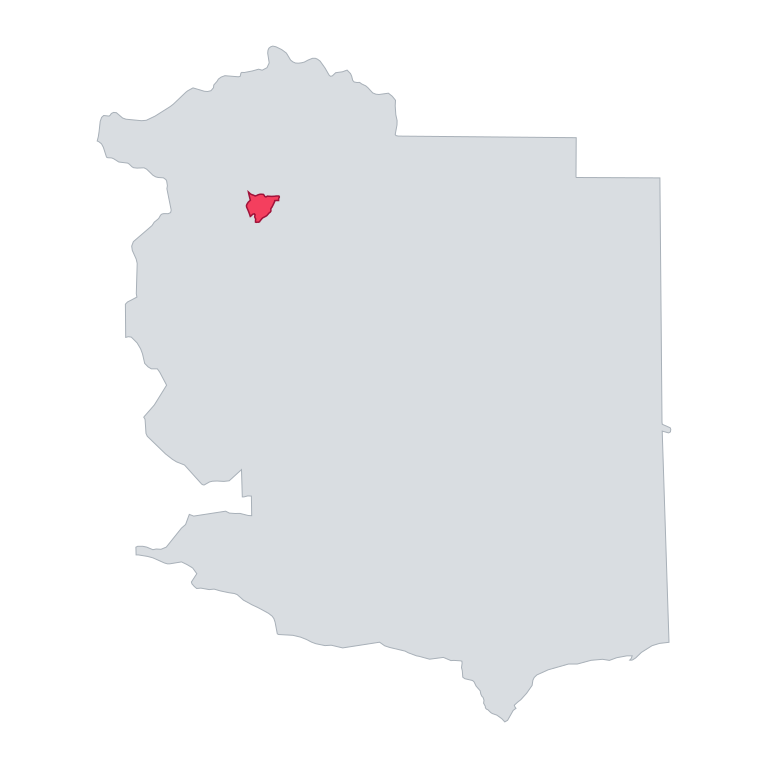 location of Shia'ria, Eastern Darfur, Sudan, rotated 90°
{"feature_id": "16777658B58097455185888", "entity_name": "Shia'ria", "entity_type": "district", "adm_level": 2, "iso_a3": "SDN", "parent_name": "Sudan", "parent_adm1": "Eastern Darfur", "projection": "orthographic", "projection_center": [25.77, 12.585], "detail": "fine", "context": "in_parent", "style": "filled", "palette": "rose", "viewbox_px": 768, "rotation_deg": 90, "n_neighbors": 0, "source": "geoboundaries", "source_scale": "gbopen_adm2", "svg_char_len": 6045}
<svg xmlns="http://www.w3.org/2000/svg" viewBox="0 0 768 768"><g transform="rotate(90 384 384)"><path d="M554.9,631.9L547.2,632.1L546.3,630.3L546.3,625.2L547.1,621.3L549.7,615.1L549.0,611.8L549.3,607.0L547.1,601.7L528.2,586.6L524.5,582.4L514.4,578.7L516.1,574.3L511.2,542.4L513.1,538.6L513.5,533.0L513.4,528.1L515.5,519.8L515.7,516.3L496.1,516.6L495.9,520.2L496.9,524.1L496.9,525.7L469.6,526.5L480.8,538.8L481.4,544.2L481.0,551.1L481.2,555.5L481.9,558.4L485.0,563.9L484.8,565.0L484.1,566.3L465.0,583.5L461.9,591.4L459.4,595.5L453.9,602.5L436.3,620.7L433.4,622.0L419.8,622.9L418.5,623.3L417.4,624.2L416.8,624.0L405.0,613.7L385.2,601.4L372.3,608.2L368.8,610.7L368.8,616.7L366.9,619.9L363.4,623.3L353.8,625.5L348.8,627.4L342.9,630.9L337.1,636.7L336.7,639.7L337.4,642.3L304.2,642.6L302.0,640.5L297.1,631.1L293.7,631.7L263.4,630.8L259.1,631.8L250.4,635.7L246.1,636.3L241.6,634.6L225.6,616.0L222.2,613.8L218.5,609.3L215.1,607.4L214.0,606.0L213.6,604.0L213.7,599.9L212.6,597.4L210.1,596.8L188.7,601.1L185.7,600.6L181.2,601.3L179.6,602.1L177.8,604.6L177.5,609.7L176.9,612.2L175.3,615.0L169.2,621.3L167.8,624.0L168.1,631.0L167.7,634.5L166.7,636.1L164.1,638.8L163.1,640.3L162.0,649.2L158.6,654.6L157.9,656.5L157.7,660.4L157.1,661.5L147.4,664.6L143.8,666.5L141.5,669.5L141.0,670.8L136.8,669.7L131.5,668.9L121.4,667.8L117.4,666.4L115.5,664.3L116.1,658.9L115.1,657.7L113.5,656.7L112.4,654.4L112.7,651.6L118.0,645.4L119.2,642.1L120.7,626.5L120.3,621.7L116.1,612.9L106.5,597.7L104.2,594.7L92.2,582.1L90.8,580.3L87.9,575.0L91.3,563.5L91.5,560.3L90.7,557.0L87.7,554.5L85.0,554.2L81.4,551.0L79.1,549.6L77.1,546.9L75.7,543.1L76.8,529.5L76.2,527.7L73.1,527.1L72.4,526.2L72.5,523.6L71.0,515.8L69.2,509.4L70.2,505.8L67.7,501.0L62.9,498.8L53.2,500.3L50.2,500.0L48.2,499.1L46.8,497.3L46.1,495.2L46.8,492.0L49.6,486.3L53.1,481.6L60.1,477.4L61.9,475.1L63.0,472.6L63.2,469.6L62.8,466.5L62.1,463.7L60.1,460.0L58.3,455.5L58.3,452.6L59.2,450.5L61.1,447.9L68.0,443.0L75.1,438.9L76.3,437.5L75.9,435.7L72.7,432.3L71.8,425.6L70.1,420.9L73.6,417.5L76.3,416.3L80.4,415.3L82.0,413.8L82.5,411.0L82.4,408.4L83.9,406.4L85.9,402.2L87.6,400.2L92.9,395.3L94.2,392.1L94.5,389.0L93.2,379.6L96.3,375.7L100.3,372.5L105.9,372.8L114.7,372.2L120.6,370.9L124.9,371.0L134.5,372.8L135.6,372.0L136.1,369.6L137.7,191.8L177.0,192.0L177.5,191.7L177.9,108.1L422.3,106.0L424.3,105.7L427.8,97.8L429.4,97.2L431.9,97.6L432.9,99.4L431.1,105.8L642.3,99.0L643.4,108.5L645.7,116.0L652.4,126.6L657.9,132.3L659.9,135.4L660.2,136.9L660.1,138.3L658.5,136.8L655.8,135.8L655.8,140.9L657.7,151.3L660.4,158.6L659.3,165.4L660.3,176.9L664.0,190.6L664.0,199.4L669.8,219.8L674.9,231.1L677.5,233.8L680.2,235.1L685.4,235.9L693.3,241.4L699.7,247.2L702.1,250.3L705.2,253.7L707.1,253.0L708.3,252.0L710.4,254.8L720.3,260.4L721.9,263.2L718.7,266.2L715.1,271.2L713.5,275.8L712.5,277.3L709.6,280.3L709.1,281.6L707.8,282.6L706.3,282.7L703.2,284.4L700.2,284.0L697.3,285.0L696.3,286.1L694.0,287.2L690.8,287.8L686.1,291.9L681.9,293.9L680.5,295.5L678.7,303.2L677.2,305.2L670.7,305.7L667.6,306.5L663.3,305.9L661.2,306.1L660.8,307.7L660.4,314.2L660.6,317.0L657.4,324.6L659.2,338.4L656.3,348.9L655.9,351.3L652.8,359.7L651.1,362.9L647.4,378.5L645.8,383.3L642.2,388.4L647.9,425.3L645.2,436.8L645.6,443.0L643.7,452.2L642.1,456.5L639.4,461.7L637.1,467.5L635.3,475.1L634.5,489.4L633.8,490.7L622.2,492.9L618.6,494.1L616.2,495.8L613.3,499.5L607.7,509.8L604.8,516.0L600.1,524.6L594.6,530.8L593.5,533.7L592.7,539.1L590.9,547.7L589.1,553.9L589.6,558.7L588.1,567.2L588.5,571.3L586.5,573.7L583.9,576.0L582.0,576.6L573.7,571.2L568.0,575.3L564.6,580.9L561.9,586.5L563.8,598.1L563.8,600.7L563.0,603.5L557.8,615.2L556.4,620.5L554.9,629.7L554.9,631.9Z" fill="#d9dde1" stroke="#a8b0b8" stroke-width="1"/><path d="M221.8,508.6L221.7,508.6L221.6,508.4L221.4,508.3L221.3,508.2L221.2,508.1L220.9,507.9L220.5,507.6L220.2,507.3L220.0,507.2L219.9,507.1L219.5,506.8L219.4,506.7L219.2,506.5L219.1,506.4L218.9,506.3L218.8,506.2L218.7,506.2L218.5,505.9L218.4,505.9L217.9,505.3L217.1,503.8L216.2,502.1L215.6,501.2L214.8,500.5L214.0,499.8L213.2,499.1L212.9,498.8L212.6,498.4L212.4,498.1L212.2,497.8L211.1,497.1L210.9,497.1L210.7,497.1L210.3,497.1L210.0,497.1L209.9,497.1L209.4,497.2L209.1,497.2L208.7,497.2L208.1,496.7L207.8,496.6L207.5,496.4L207.3,496.2L206.9,496.0L206.9,495.9L206.3,495.7L206.2,495.6L205.5,495.2L205.3,495.1L204.9,494.9L204.7,494.9L204.4,494.7L204.2,494.6L203.9,494.5L203.9,494.4L203.7,494.3L203.4,494.2L203.2,494.2L202.9,494.0L202.8,493.9L202.6,493.9L202.4,493.8L202.3,493.7L202.2,493.7L201.9,493.5L201.7,493.5L201.6,493.4L201.4,493.4L201.2,493.3L201.2,493.2L200.9,493.1L200.6,493.2L200.6,492.7L200.5,492.4L200.5,491.2L200.5,489.4L200.4,489.4L200.2,489.4L199.6,489.4L199.2,489.4L198.7,489.3L198.2,489.2L197.9,489.1L197.6,488.9L197.3,488.7L197.2,488.7L196.9,488.7L196.7,488.7L196.5,488.8L196.3,488.9L196.1,489.0L196.0,489.3L196.0,489.8L196.0,490.1L196.0,490.3L196.0,490.6L196.0,491.7L196.1,492.0L196.1,492.4L196.1,492.6L196.2,492.9L196.3,494.2L196.3,494.4L196.4,496.2L196.2,500.0L196.1,500.6L196.2,500.8L196.7,501.5L196.9,502.3L196.4,503.3L195.5,503.7L194.4,504.6L194.3,505.7L194.2,507.1L194.3,508.1L194.4,508.6L194.9,510.2L195.1,510.5L195.4,511.1L195.5,511.2L195.7,512.1L196.0,512.8L195.1,514.6L194.9,515.4L194.7,515.9L194.5,516.3L194.1,517.3L192.0,519.6L193.1,519.4L198.9,518.0L200.2,517.6L202.1,519.7L203.8,520.8L205.3,521.5L206.2,521.5L207.0,521.4L207.9,521.0L210.4,519.9L212.9,518.9L215.2,518.1L216.5,517.7L216.4,517.5L216.3,517.4L215.8,516.9L215.4,516.5L214.9,515.9L214.7,515.7L214.2,515.2L214.2,514.9L214.1,514.7L213.9,514.1L213.9,513.8L213.9,513.7L214.0,513.7L214.3,513.4L214.5,513.3L214.5,513.2L214.8,513.1L214.9,512.9L215.0,512.9L215.4,513.0L215.7,513.1L215.8,513.1L216.1,513.2L216.3,513.2L216.6,513.3L216.8,513.3L217.0,513.3L217.2,513.2L218.0,512.8L218.6,512.5L218.9,512.4L219.1,512.3L219.7,512.4L220.4,512.5L220.5,512.5L220.8,512.5L221.0,512.5L221.7,512.5L222.1,512.5L222.3,511.8L222.3,511.6L222.3,511.4L222.2,511.1L222.2,510.5L222.2,509.8L222.2,509.4L221.8,508.7L221.8,508.6Z" fill="#f43f5e" stroke="#9f1239" stroke-width="1.5"/></g></svg>